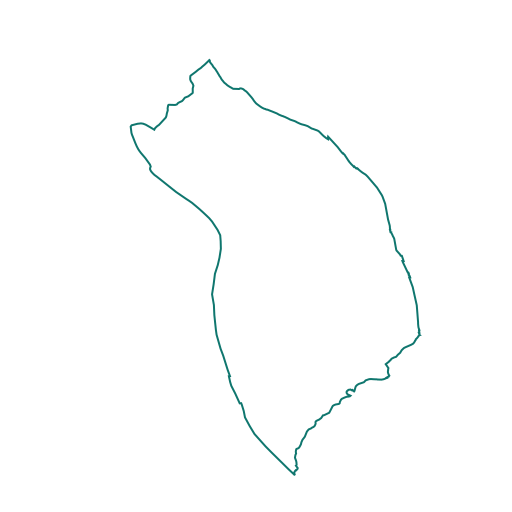 Salamina, Magdalena, Colombia, rotated 312°
{"feature_id": "7082276B98588202039257", "entity_name": "Salamina", "entity_type": "district", "adm_level": 2, "iso_a3": "COL", "parent_name": "Colombia", "parent_adm1": "Magdalena", "projection": "equal_earth", "projection_center": [-74.703, 10.525], "detail": "fine", "context": "isolated", "style": "outline", "palette": "teal", "viewbox_px": 512, "rotation_deg": 312, "n_neighbors": 0, "source": "geoboundaries", "source_scale": "gbopen_adm2", "svg_char_len": 5934}
<svg xmlns="http://www.w3.org/2000/svg" viewBox="0 0 512 512"><g transform="rotate(312 256 256)"><path d="M119.1,431.6L119.7,430.5L120.4,429.7L121.0,429.2L122.3,428.9L123.5,428.9L123.6,429.3L125.6,429.3L126.3,428.9L126.9,426.0L127.4,426.1L128.1,425.8L129.8,424.0L130.6,422.9L131.7,420.8L132.2,419.9L134.6,418.4L136.0,418.0L136.4,417.4L137.6,416.2L139.0,415.4L139.4,415.2L139.7,415.2L139.9,415.3L141.0,415.9L142.1,416.2L142.6,416.2L144.6,415.8L146.3,415.3L147.9,414.4L150.6,413.5L152.3,413.4L154.4,413.2L159.6,411.3L162.4,411.2L164.5,412.2L166.3,412.6L167.3,413.1L168.8,413.3L170.3,412.9L171.3,412.5L172.1,411.6L172.7,411.2L173.1,411.1L174.4,411.4L177.0,412.5L178.0,412.6L179.1,412.9L182.4,412.4L183.2,413.1L188.5,415.3L194.3,413.8L195.2,413.5L196.1,413.4L197.7,413.9L199.0,414.6L201.3,416.4L202.0,416.7L202.6,416.7L203.8,415.9L205.5,415.5L206.0,415.3L206.3,415.3L207.4,415.4L210.0,416.5L212.3,417.7L212.9,418.4L214.5,419.6L215.4,419.7L214.8,417.7L214.5,416.8L214.6,416.1L214.7,415.4L215.1,414.7L215.9,414.1L216.4,414.0L217.0,414.2L217.5,414.1L218.1,414.3L218.4,414.3L219.2,414.9L219.9,415.7L220.0,415.7L220.2,416.4L220.4,416.7L220.4,417.3L221.0,417.3L221.1,418.2L221.0,418.8L221.0,419.5L221.5,419.5L224.9,417.8L225.9,417.4L226.5,417.4L228.0,417.5L229.4,417.9L229.9,418.1L234.3,420.6L235.0,420.7L236.9,420.7L239.3,422.0L240.3,422.6L241.6,423.9L243.7,426.6L245.2,428.3L245.5,428.9L248.0,431.9L249.4,433.0L250.7,433.8L252.1,434.4L253.2,435.0L254.0,435.7L253.6,434.6L255.2,435.1L255.2,435.3L256.0,435.6L256.0,435.9L256.6,434.1L257.1,433.0L257.8,431.9L258.8,431.0L259.4,430.7L259.8,430.4L260.2,430.0L261.3,429.4L262.4,424.8L266.4,425.5L267.7,425.4L268.3,425.7L268.7,425.6L270.1,425.5L271.0,425.7L271.9,426.1L272.6,426.3L274.9,427.6L277.5,427.5L280.7,427.9L281.8,427.6L283.6,427.3L286.5,427.5L287.9,428.0L292.3,430.0L294.1,430.8L295.4,431.2L295.8,431.4L297.3,431.4L297.9,431.3L299.0,431.1L299.4,430.9L300.3,430.9L301.0,430.5L302.5,430.6L303.1,430.6L304.1,430.5L304.6,430.5L305.2,430.3L305.9,430.4L306.2,430.3L306.5,430.4L306.8,430.6L306.8,430.3L307.9,428.4L308.3,428.8L308.8,428.1L309.1,427.9L309.3,427.5L309.3,427.4L309.5,427.1L310.0,426.7L310.3,426.9L311.4,424.9L312.0,424.1L314.0,421.9L315.3,420.7L326.8,408.6L327.4,407.8L332.3,400.9L333.3,399.5L337.1,394.2L337.8,393.2L342.5,384.3L343.2,384.9L343.7,383.7L343.9,382.9L344.1,383.1L344.2,382.8L344.1,382.6L345.0,381.3L344.9,381.2L345.2,380.7L345.4,380.9L345.7,380.3L345.7,380.2L345.3,379.8L346.0,378.1L349.7,369.2L350.2,368.2L351.0,369.1L352.1,367.2L353.7,364.3L353.2,363.7L353.3,363.4L353.1,363.1L353.5,362.1L353.6,361.4L354.1,356.8L354.4,356.1L361.3,347.2L361.8,346.1L362.5,344.1L363.1,342.9L363.7,341.1L363.9,340.7L364.1,340.6L364.0,340.4L363.7,340.0L365.1,338.0L365.4,338.2L366.2,337.0L367.6,335.6L368.3,334.7L370.8,330.8L371.5,329.7L381.2,317.1L384.8,310.3L385.4,308.8L387.8,300.2L389.7,285.8L389.8,284.0L389.8,282.9L389.2,279.4L389.0,277.0L388.9,274.8L388.8,273.1L389.0,273.1L388.9,272.2L388.4,272.1L388.1,272.0L388.1,270.9L388.3,269.2L388.2,269.2L387.7,269.1L387.9,267.7L388.0,265.1L388.2,263.8L388.2,263.6L388.3,262.6L388.6,261.8L388.5,261.6L389.1,259.3L389.2,259.0L389.8,256.7L390.0,255.9L390.0,255.7L390.4,254.7L390.6,252.1L390.3,252.1L390.3,251.2L390.6,249.0L391.6,243.7L392.9,229.8L392.3,230.2L391.0,231.4L390.6,229.4L390.5,227.8L390.4,226.5L390.4,225.1L390.5,223.0L390.6,221.8L390.7,219.2L390.5,218.3L390.4,217.8L388.5,213.1L388.1,212.4L387.8,211.2L387.5,209.5L387.1,207.5L386.1,205.1L385.2,203.3L384.4,201.8L383.7,200.0L382.9,197.4L382.6,196.3L382.6,196.0L382.1,194.4L380.4,190.5L380.1,189.6L379.7,187.9L378.6,184.2L378.2,183.3L378.1,182.8L377.6,181.8L377.0,180.2L376.4,178.4L375.9,176.1L374.0,170.8L373.7,170.1L372.5,166.8L372.3,166.4L371.7,165.6L371.5,164.6L370.9,163.5L370.3,161.4L370.1,160.2L369.9,158.9L369.6,155.7L369.5,154.5L369.5,153.7L369.8,151.6L370.1,150.0L370.4,149.2L370.9,146.5L371.7,139.8L371.7,139.1L371.7,138.2L371.4,136.4L371.5,135.9L371.4,134.8L371.0,133.7L370.5,132.7L370.0,132.1L369.9,132.0L369.2,131.9L368.7,131.6L366.4,128.8L365.7,128.0L365.3,127.6L364.8,126.6L364.6,125.2L364.1,123.2L363.7,120.5L363.7,117.9L363.6,117.2L363.6,116.3L363.8,115.0L363.9,114.6L364.1,113.0L364.4,111.7L365.0,110.1L365.3,108.6L365.6,107.6L365.8,107.2L366.3,105.3L366.6,104.7L367.0,103.0L367.5,101.3L367.7,100.4L367.8,99.7L367.9,98.6L368.0,97.7L368.6,96.0L368.8,95.0L368.9,94.0L369.0,93.5L369.1,92.9L369.2,92.4L369.4,91.9L369.7,91.5L370.3,90.9L370.4,90.7L370.4,90.2L369.5,90.2L363.9,89.8L360.4,89.3L359.5,89.3L358.4,89.1L357.2,88.8L356.1,88.5L352.6,88.0L346.6,86.8L346.3,86.8L345.8,86.8L344.1,88.1L343.1,89.1L343.0,89.3L342.4,90.5L342.1,91.6L341.7,93.5L341.0,94.9L340.7,95.5L340.4,95.7L338.5,96.7L338.0,97.0L335.2,99.6L334.9,99.8L334.4,99.8L333.8,99.7L332.4,99.4L331.2,99.2L329.3,98.8L326.3,97.3L325.9,97.2L323.4,97.4L321.9,97.4L321.2,97.2L319.0,96.2L317.7,95.8L317.1,95.7L315.8,95.8L315.0,95.4L314.4,95.0L314.0,94.7L310.2,90.2L309.8,89.9L309.6,89.9L309.2,89.9L308.7,90.2L306.6,91.5L305.3,92.9L304.7,93.2L302.2,94.4L301.6,94.8L300.1,95.7L298.6,96.3L297.6,96.3L288.7,96.2L288.1,96.1L286.5,95.7L284.4,95.5L283.2,95.5L281.8,95.9L280.9,91.3L279.8,86.2L278.8,83.6L277.6,81.8L275.0,79.5L269.9,76.1L268.3,76.3L264.2,81.0L263.2,82.6L262.2,84.7L259.1,90.9L257.7,94.0L256.6,97.0L256.1,98.9L255.6,101.4L254.7,108.2L253.0,116.0L252.0,117.9L250.4,118.5L249.4,119.5L248.7,121.4L248.4,123.8L248.3,126.3L248.6,129.2L250.1,153.8L251.7,165.9L252.2,169.0L252.7,172.9L253.0,181.7L253.0,187.7L252.8,195.8L252.2,200.3L249.7,209.9L247.5,215.5L243.3,219.9L237.8,225.1L230.3,230.0L223.6,233.7L215.3,237.4L206.7,243.4L198.1,249.0L191.4,257.5L184.2,264.6L179.5,269.8L174.2,275.7L171.1,279.4L163.4,291.7L160.0,298.3L152.5,311.0L149.3,317.0L148.5,316.3L145.0,321.2L143.0,324.5L139.9,332.6L135.6,342.5L136.7,343.5L135.9,345.1L132.6,350.6L128.7,355.8L125.4,365.1L122.7,374.0L120.9,390.5L120.4,399.0L120.0,407.9L119.3,423.1L119.2,428.8L119.1,431.6Z" fill="none" stroke="#0f766e" stroke-width="2"/></g></svg>